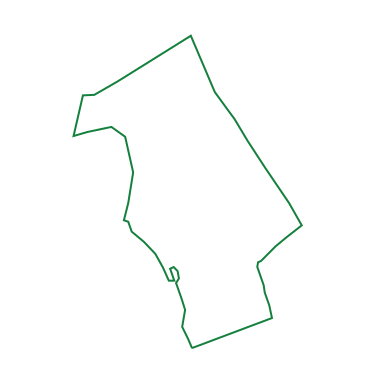 N'Guigmi, Diffa, Niger (Robinson projection), rotated 249°
{"feature_id": "23599985B27242520162456", "entity_name": "N'Guigmi", "entity_type": "district", "adm_level": 2, "iso_a3": "NER", "parent_name": "Niger", "parent_adm1": "Diffa", "projection": "robinson", "projection_center": [12.657, 14.178], "detail": "fine", "context": "isolated", "style": "outline", "palette": "green", "viewbox_px": 384, "rotation_deg": 249, "n_neighbors": 0, "source": "geoboundaries", "source_scale": "gbopen_adm2", "svg_char_len": 742}
<svg xmlns="http://www.w3.org/2000/svg" viewBox="0 0 384 384"><g transform="rotate(249 192 192)"><path d="M121.5,282.5L146.7,278.7L188.3,269.0L220.0,262.2L244.7,257.9L256.7,254.6L277.2,249.1L338.3,246.9L331.8,213.4L321.9,162.2L317.7,135.6L321.3,124.8L286.7,101.5L285.5,116.0L282.2,136.6L281.6,140.1L267.5,149.4L231.4,144.1L204.5,128.5L190.0,118.3L187.1,121.8L176.6,121.5L162.6,129.3L147.4,135.6L132.0,137.8L117.5,138.6L115.6,143.7L128.2,144.1L128.5,148.0L123.3,150.2L116.0,148.8L112.7,144.5L95.1,144.0L84.4,143.3L69.6,134.5L56.3,135.7L46.1,136.1L46.3,136.1L46.3,138.1L45.7,221.5L58.4,223.5L72.2,223.9L79.2,225.5L98.7,226.1L102.7,228.5L102.9,231.8L111.3,250.5L115.9,264.1L121.5,282.5Z" fill="none" stroke="#15803d" stroke-width="2"/></g></svg>